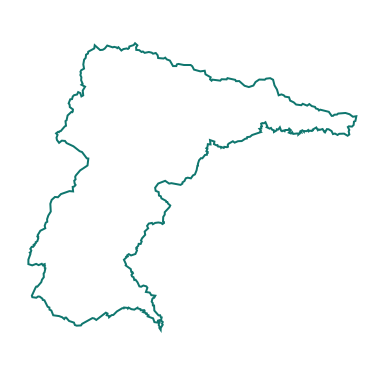 the district of Ban Rai, Uthai Thani, Thailand, rotated 95°
{"feature_id": "78962969B36547770218976", "entity_name": "Ban Rai", "entity_type": "district", "adm_level": 2, "iso_a3": "THA", "parent_name": "Thailand", "parent_adm1": "Uthai Thani", "projection": "orthographic", "projection_center": [99.463, 15.37], "detail": "fine", "context": "isolated", "style": "outline", "palette": "teal", "viewbox_px": 384, "rotation_deg": 95, "n_neighbors": 0, "source": "geoboundaries", "source_scale": "gbopen_adm2", "svg_char_len": 5977}
<svg xmlns="http://www.w3.org/2000/svg" viewBox="0 0 384 384"><g transform="rotate(95 192 192)"><path d="M122.4,41.9L121.0,40.3L117.9,41.2L116.5,40.7L113.7,42.4L112.9,41.5L112.9,38.3L111.1,36.8L107.8,36.8L107.0,35.4L102.2,34.9L103.0,38.3L100.8,41.8L99.9,46.0L101.1,53.2L102.2,54.3L102.6,56.9L103.8,58.1L104.0,59.5L100.2,62.7L98.8,71.5L99.7,72.6L98.4,73.8L98.0,75.9L96.5,76.9L96.0,80.1L94.2,82.8L95.9,84.8L94.5,89.4L96.0,90.7L95.8,95.9L93.8,98.5L92.4,102.2L89.2,103.6L88.9,107.6L87.6,109.1L87.0,111.4L88.1,114.1L82.5,116.3L78.6,119.1L73.1,121.0L71.8,124.0L72.6,128.0L73.8,129.3L74.1,134.8L76.9,138.3L80.6,140.1L82.5,144.5L81.6,148.9L77.4,154.6L77.7,157.9L76.5,158.7L75.5,166.6L76.8,167.3L77.1,172.4L78.6,173.5L78.3,181.4L79.4,182.2L78.2,183.8L76.1,183.4L73.6,188.8L70.1,189.9L71.1,194.2L69.9,200.7L66.7,202.7L65.6,204.4L66.2,211.0L65.6,216.7L66.2,218.2L67.9,218.6L68.2,221.9L63.0,225.5L62.1,228.7L60.5,230.4L61.5,231.9L61.5,237.4L58.8,238.1L56.7,240.2L57.6,242.9L56.7,244.3L56.3,247.2L57.5,251.3L56.3,253.2L56.9,254.5L55.3,256.9L55.3,259.9L52.7,260.3L50.6,259.2L48.8,261.7L50.7,262.9L52.5,267.1L54.2,267.3L55.1,268.3L54.7,269.6L55.6,272.8L57.2,274.7L54.2,277.9L55.2,279.0L54.6,279.6L54.2,282.2L54.8,283.5L53.5,289.2L56.8,291.5L58.1,293.3L58.6,295.9L54.3,301.7L57.5,301.9L61.3,307.6L63.1,307.7L64.4,309.5L67.7,309.6L69.5,311.0L74.4,311.4L78.5,310.3L80.4,313.0L82.0,313.6L83.1,313.0L85.2,313.4L87.3,312.2L90.3,312.2L93.7,310.4L94.8,311.5L96.4,307.7L100.5,309.7L105.2,308.8L106.4,310.5L103.2,311.9L102.4,314.1L104.9,315.0L105.8,317.9L107.2,319.1L109.9,319.6L110.3,321.4L114.5,322.6L115.5,321.6L118.1,321.1L120.1,317.8L122.2,317.8L122.9,318.2L122.7,319.1L126.6,322.6L131.5,323.2L132.4,324.2L137.0,323.3L137.8,324.5L142.8,328.1L143.1,329.3L144.0,329.8L143.8,330.7L145.4,332.5L146.8,330.9L149.7,331.7L151.9,331.1L154.6,328.7L152.2,326.2L152.2,323.0L154.2,321.2L156.8,314.1L161.1,307.5L161.8,305.0L167.6,299.8L167.7,298.2L174.7,298.4L180.2,305.3L185.7,309.2L187.1,309.7L189.6,309.1L191.0,310.3L193.9,309.6L195.1,308.6L196.7,309.7L197.3,311.3L201.8,310.5L201.8,314.2L205.5,322.4L208.9,325.1L208.9,328.1L212.1,331.1L216.1,332.1L223.8,331.0L228.0,333.1L231.7,334.0L234.3,333.6L235.3,335.0L238.5,335.8L240.9,335.0L243.8,339.7L248.5,342.0L249.7,341.4L250.0,342.0L251.3,341.1L254.5,341.8L255.6,343.3L256.4,343.1L258.4,345.0L258.7,344.3L260.4,345.4L260.6,346.9L262.8,348.1L264.2,347.0L265.8,347.3L266.5,348.3L267.6,347.5L273.6,349.1L278.1,348.7L279.0,344.8L277.2,341.0L278.2,338.4L276.6,335.4L278.3,333.8L277.8,332.6L277.1,333.4L276.7,332.5L280.6,332.0L280.8,331.4L284.8,331.9L286.2,332.7L289.8,332.2L292.4,333.8L294.9,334.3L299.8,337.8L299.7,338.8L300.6,339.4L309.3,342.5L310.7,341.9L310.9,337.9L309.5,336.2L309.5,334.6L311.3,331.7L312.5,331.3L312.7,329.6L318.9,325.8L319.5,324.0L321.6,323.7L322.3,321.8L326.9,319.5L327.2,313.6L328.1,310.4L329.7,308.2L328.2,307.3L328.1,306.4L331.2,303.2L332.4,298.2L334.7,297.1L335.2,295.2L334.6,291.0L332.9,290.0L326.3,280.2L326.5,278.4L327.8,276.2L319.7,267.3L320.4,265.6L322.2,266.2L322.6,264.1L324.0,263.7L321.7,261.4L321.3,259.6L317.5,256.4L313.8,251.3L313.8,249.8L313.0,249.6L313.1,246.0L313.6,245.7L312.7,245.1L314.0,242.2L314.2,239.2L312.0,236.2L312.7,235.9L313.2,233.1L314.3,232.8L313.9,229.2L314.6,228.8L315.9,230.1L316.9,226.5L317.7,226.8L318.6,224.6L319.8,225.2L321.3,219.7L324.9,218.1L325.1,214.8L323.1,214.7L322.6,213.4L325.0,212.8L325.6,213.5L327.6,213.5L329.2,212.3L330.2,212.7L332.1,211.2L330.2,211.3L326.8,209.6L325.8,210.4L324.1,209.8L322.7,211.7L319.6,211.3L319.5,212.1L317.6,213.0L317.8,214.6L313.4,219.2L308.4,219.9L308.4,221.1L305.9,221.5L304.8,222.6L302.0,222.2L300.6,221.1L300.6,220.4L298.5,219.5L298.3,223.6L295.9,225.3L295.6,229.2L291.3,228.1L290.0,229.2L289.4,232.3L290.8,234.4L290.6,236.2L286.7,238.4L284.3,240.6L284.7,241.8L282.0,242.8L281.3,244.4L279.9,245.1L278.0,243.7L277.1,244.3L277.5,244.8L276.9,245.5L274.1,246.3L270.9,251.7L269.8,251.4L265.4,253.9L262.7,251.5L262.2,251.8L261.7,250.4L260.7,251.0L259.4,249.5L260.5,247.2L258.7,243.0L255.0,241.7L253.6,242.6L252.8,241.9L252.2,242.5L250.4,240.9L248.3,240.6L248.2,238.6L245.6,237.8L244.8,238.6L242.4,237.7L238.7,234.9L235.5,235.7L232.0,232.5L229.7,233.8L227.2,232.3L226.3,229.2L227.5,228.2L226.0,226.0L225.3,222.9L225.5,220.2L226.5,218.6L225.3,217.2L224.3,217.4L224.0,218.3L219.3,218.5L216.9,217.2L214.5,217.4L209.0,213.1L207.3,212.5L205.6,214.9L204.1,215.7L204.2,216.7L203.0,217.3L201.0,221.9L199.0,222.7L198.4,224.6L195.0,225.2L194.0,228.3L191.0,229.1L186.5,226.4L183.2,219.7L185.6,215.5L185.0,213.3L185.9,204.0L184.5,202.3L183.2,202.3L181.8,200.5L178.9,199.4L178.1,197.5L178.5,194.3L175.4,192.5L174.2,190.6L169.8,189.3L165.4,188.9L165.2,188.3L163.6,188.6L159.7,187.7L157.5,186.0L157.5,184.6L154.0,182.3L153.6,180.4L152.2,180.5L151.9,179.8L150.7,179.8L150.1,181.2L147.7,180.4L147.1,181.5L145.8,180.5L143.0,180.4L143.0,177.7L138.7,178.6L139.8,174.1L142.4,174.3L143.4,171.5L143.1,170.7L144.4,170.0L144.5,167.4L145.4,166.9L144.7,166.4L145.3,164.2L144.2,163.8L144.3,161.0L143.8,160.1L142.1,160.5L140.8,159.9L137.9,155.7L139.1,153.8L137.4,150.6L136.9,146.9L134.3,143.6L133.9,142.0L132.5,141.8L131.9,139.0L130.0,137.1L126.3,128.6L125.8,129.3L124.9,128.8L123.2,130.3L122.7,128.5L120.8,128.9L120.5,128.1L117.9,129.1L117.2,128.0L117.3,126.4L116.1,124.9L120.1,122.7L120.9,123.3L122.1,120.2L121.3,118.9L122.9,117.7L123.4,115.9L125.1,115.6L123.3,113.1L122.1,113.0L122.2,111.5L119.9,110.1L123.1,108.6L123.6,107.6L122.8,106.5L123.4,105.0L122.1,104.6L121.8,101.4L120.4,100.7L121.8,98.9L124.4,100.7L125.1,98.5L123.7,97.4L125.3,96.3L124.5,92.3L124.8,91.0L125.5,91.0L124.3,89.8L123.7,91.0L124.0,89.7L122.6,89.5L122.9,88.4L121.8,89.0L120.9,87.4L122.2,85.8L121.5,85.8L121.4,83.0L120.2,81.7L121.4,81.0L120.6,80.1L120.8,77.9L120.0,76.9L119.3,77.2L116.9,73.8L119.5,72.0L118.6,71.1L119.0,70.3L117.9,67.4L120.6,65.4L120.0,64.9L120.6,64.5L117.6,63.1L117.6,61.4L119.1,58.3L122.0,56.6L121.3,54.7L122.5,52.0L121.2,50.4L120.6,45.6L122.4,41.9Z" fill="none" stroke="#0f766e" stroke-width="2"/></g></svg>